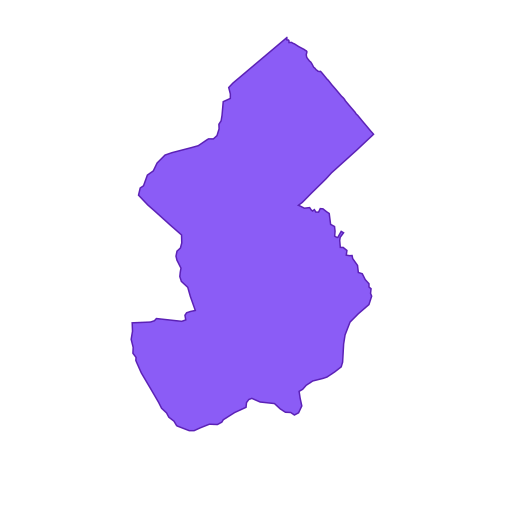 the district of Haut-Nyong, Est, Cameroon, rotated 230°
{"feature_id": "32672807B24706785822934", "entity_name": "Haut-Nyong", "entity_type": "district", "adm_level": 2, "iso_a3": "CMR", "parent_name": "Cameroon", "parent_adm1": "Est", "projection": "albers", "projection_center": [13.641, 3.366], "detail": "fine", "context": "isolated", "style": "filled", "palette": "violet", "viewbox_px": 512, "rotation_deg": 230, "n_neighbors": 0, "source": "geoboundaries", "source_scale": "gbopen_adm2", "svg_char_len": 2604}
<svg xmlns="http://www.w3.org/2000/svg" viewBox="0 0 512 512"><g transform="rotate(230 256 256)"><path d="M150.7,123.0L151.6,125.7L149.8,139.1L146.5,151.1L149.8,154.5L150.7,158.2L149.6,161.3L141.5,165.3L131.1,175.3L123.2,176.3L117.4,178.1L113.8,182.0L109.5,183.2L108.5,187.8L111.7,194.7L118.7,198.4L124.6,202.0L123.9,206.1L124.7,211.3L123.8,219.1L119.1,228.8L117.6,232.7L117.5,233.9L116.6,241.8L116.4,247.5L116.3,250.0L119.0,254.1L132.5,266.8L132.8,267.2L138.3,273.5L144.9,285.5L146.0,297.3L146.2,311.3L150.9,318.8L153.7,319.7L157.0,323.1L159.6,322.6L162.1,324.7L167.7,324.5L174.1,326.0L177.6,323.8L183.5,327.7L191.9,328.4L194.6,329.9L196.1,327.9L198.6,325.7L201.8,329.2L206.5,328.3L208.4,326.1L214.1,330.1L216.2,332.5L217.5,338.0L220.1,337.1L217.7,330.7L218.0,330.0L220.6,329.0L224.2,332.5L228.1,335.1L232.3,333.5L241.5,339.4L244.6,338.5L249.1,337.6L251.0,335.7L249.4,332.1L251.1,330.1L254.0,330.5L254.1,328.2L255.9,327.9L258.6,328.2L261.5,323.8L266.2,321.8L267.6,321.1L267.3,326.0L268.5,338.5L270.1,359.0L271.2,367.3L272.4,401.4L273.7,424.3L274.2,424.3L278.0,424.2L291.9,424.2L298.4,424.3L300.5,424.0L302.6,424.3L309.6,424.2L317.4,424.2L318.4,424.3L318.8,424.5L321.2,424.5L323.5,424.2L327.2,424.2L333.0,424.2L338.2,424.1L344.5,424.3L344.9,424.2L345.8,424.1L354.5,424.2L356.0,424.1L356.6,423.1L357.8,422.2L358.7,422.2L359.6,421.8L361.7,421.8L362.2,421.8L363.5,421.5L367.1,422.3L369.4,422.6L370.9,422.3L374.2,422.4L375.7,422.6L377.8,423.8L378.4,424.5L379.1,425.6L380.0,426.4L380.3,426.4L380.9,426.4L381.8,425.9L382.6,425.9L389.0,423.3L393.8,421.8L394.3,421.5L395.7,420.8L396.7,420.6L398.3,418.5L399.7,419.6L400.6,419.7L401.6,418.6L401.9,418.5L402.4,418.7L403.1,419.9L403.5,420.0L403.3,349.4L402.6,343.4L396.6,340.5L393.2,337.6L395.3,330.1L385.6,320.4L382.0,316.2L380.8,312.3L377.1,309.4L373.3,303.5L373.1,298.6L376.2,295.0L376.5,293.5L377.6,282.7L380.4,276.5L389.1,258.2L391.8,251.2L390.8,240.0L387.2,232.0L387.8,224.8L382.1,215.0L382.5,211.0L378.1,205.1L364.7,205.9L356.3,207.2L334.8,210.2L320.0,212.5L313.7,207.5L310.7,203.2L310.5,198.6L307.3,194.6L303.5,192.7L302.9,192.6L294.9,190.7L292.3,187.6L289.3,184.5L288.7,184.2L284.5,182.5L275.9,183.6L267.2,179.7L253.3,174.5L255.6,170.2L257.1,166.4L256.3,163.5L252.2,161.1L253.7,157.1L272.1,139.5L271.7,136.6L272.6,134.3L273.3,132.6L284.4,118.2L277.7,113.0L272.4,106.8L265.0,103.2L260.6,99.2L255.4,98.9L253.2,96.8L250.6,96.0L240.2,93.0L220.4,89.7L206.4,87.3L200.1,85.8L193.3,86.6L188.5,85.6L182.2,87.0L177.3,86.2L176.5,86.3L165.1,92.6L162.0,96.3L160.2,102.8L157.1,112.2L151.7,118.1L150.7,123.0Z" fill="#8b5cf6" stroke="#5b21b6" stroke-width="1.5"/></g></svg>